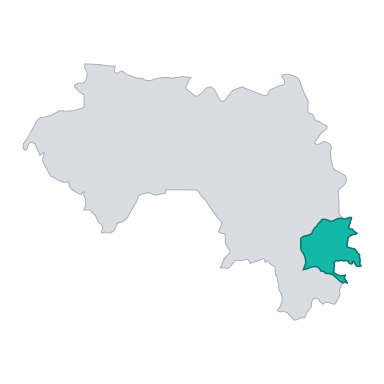 where Beyla sits in Guinea
{"feature_id": "GIN-5627", "entity_name": "Beyla", "entity_type": "Prefecture", "adm_level": 1, "iso_a3": "GIN", "parent_name": "Guinea", "parent_adm1": "", "projection": "orthographic", "projection_center": [-8.118, 8.717], "detail": "fine", "context": "in_parent", "style": "filled", "palette": "teal", "viewbox_px": 384, "rotation_deg": 0, "n_neighbors": 0, "source": "natural_earth", "source_scale": "10m", "svg_char_len": 5739}
<svg xmlns="http://www.w3.org/2000/svg" viewBox="0 0 384 384"><path d="M240.1,260.7L236.5,260.2L234.9,260.9L230.2,266.4L227.4,268.5L223.0,267.8L221.4,268.2L220.2,267.6L221.9,264.6L224.2,258.5L230.0,252.5L230.1,251.2L227.8,247.6L225.3,242.8L225.3,237.6L224.9,233.8L219.8,232.8L218.9,232.1L218.8,230.9L221.7,224.4L221.9,223.1L221.5,221.9L218.4,218.6L213.6,212.4L205.3,199.8L202.2,197.1L199.3,193.3L198.1,190.8L195.0,189.9L165.8,189.8L165.2,193.1L155.1,195.2L149.0,192.6L142.1,194.0L138.7,195.6L136.0,202.9L134.5,204.5L133.0,207.7L131.6,209.5L130.0,213.1L126.7,218.3L123.2,221.5L117.3,223.3L115.4,228.7L114.0,230.7L111.8,232.2L109.3,233.2L104.6,232.1L101.9,233.1L101.4,231.7L103.0,227.4L101.8,225.2L97.3,220.6L96.9,218.5L95.5,215.7L89.6,209.8L83.9,210.1L85.6,205.3L85.6,198.9L83.8,195.4L84.3,191.8L83.3,192.0L81.3,194.5L78.3,193.6L72.2,189.7L69.2,186.0L68.9,182.9L68.2,181.6L66.3,182.2L62.5,182.1L50.9,176.3L42.9,162.1L42.7,159.0L44.0,153.5L43.8,152.1L39.9,155.6L39.2,153.2L36.4,147.5L35.7,144.2L32.9,142.7L30.7,142.4L28.9,143.5L26.5,150.0L24.8,150.0L23.0,148.5L23.5,143.6L28.1,137.5L36.0,122.1L38.8,118.6L40.5,117.4L44.0,117.3L51.0,115.4L59.6,110.7L66.1,111.2L73.8,110.7L83.9,107.5L84.2,97.1L83.9,94.8L80.4,92.6L78.4,90.8L76.6,88.5L74.5,86.8L74.6,85.1L79.1,82.9L83.2,83.0L84.5,82.1L85.6,80.7L86.8,76.9L87.3,73.0L84.7,67.6L85.0,63.9L99.6,64.6L107.6,65.8L114.2,66.1L115.2,67.0L114.3,70.7L115.1,72.8L117.3,73.4L121.0,70.9L122.9,71.5L127.0,74.8L130.8,75.7L135.0,77.5L138.9,78.4L142.4,78.4L145.0,80.2L149.9,80.8L156.3,78.6L161.3,77.7L168.3,77.5L171.9,78.3L182.6,76.6L191.0,77.6L189.6,78.9L185.7,87.2L186.1,88.7L194.6,95.8L196.6,96.3L198.9,95.4L202.6,92.2L205.6,88.6L208.4,87.0L211.6,87.1L214.2,89.6L220.2,100.1L221.7,101.4L223.1,101.4L225.8,99.5L227.2,97.2L232.9,90.3L241.6,86.9L262.3,95.0L265.3,95.6L267.1,95.0L269.7,90.3L277.5,86.4L281.3,85.3L283.4,85.1L284.2,83.9L284.6,82.0L284.2,80.0L281.8,76.4L281.8,75.4L283.1,74.7L286.1,74.2L289.9,74.6L294.3,76.1L297.8,78.3L299.8,81.0L303.6,92.0L308.0,100.7L307.8,112.3L309.7,113.5L311.8,114.0L312.8,114.9L314.9,119.7L316.9,121.1L319.3,121.4L323.8,124.5L326.7,125.7L327.1,126.6L327.0,127.9L325.9,129.5L321.5,132.7L319.4,135.5L314.9,142.0L314.8,143.3L315.7,144.1L317.6,144.3L319.5,143.9L323.6,141.5L326.8,142.3L329.9,144.2L331.0,146.1L331.3,148.6L330.6,151.8L330.5,155.4L331.5,161.5L333.1,167.7L334.7,169.9L345.0,175.3L346.0,177.4L346.5,179.6L345.8,182.8L344.7,184.5L339.1,189.3L338.2,191.6L338.7,195.9L339.1,213.9L341.3,216.9L343.9,218.4L350.1,217.6L350.0,222.6L349.1,228.2L352.8,229.9L354.6,231.6L355.6,233.2L349.9,236.2L348.2,237.9L347.4,242.6L347.6,246.9L355.3,250.0L358.3,253.6L359.6,257.4L360.1,264.5L359.4,266.1L357.4,266.1L353.5,261.8L347.5,261.4L343.1,260.5L335.7,261.1L334.4,262.4L333.6,271.8L335.4,273.4L338.9,275.2L341.2,275.9L343.1,275.7L344.6,276.9L344.9,280.0L343.9,282.3L342.0,284.4L339.5,289.8L340.1,294.8L335.9,302.8L334.7,304.3L329.1,302.7L325.5,302.2L322.9,304.2L319.3,301.1L318.6,298.7L317.3,298.2L314.9,298.2L312.6,299.5L311.7,302.0L311.2,307.1L307.1,312.0L304.2,318.0L300.9,317.4L300.2,318.2L296.7,319.7L293.7,320.1L292.9,318.5L291.1,317.2L289.2,314.7L287.0,312.6L282.7,311.1L281.0,311.8L279.0,311.6L277.7,310.8L277.9,309.5L280.1,306.4L281.4,303.5L282.1,300.4L282.1,297.4L280.9,293.1L279.0,289.7L278.6,287.8L278.8,285.0L278.4,282.4L277.7,281.1L276.9,276.2L275.7,275.3L275.1,271.4L275.3,267.4L273.7,265.9L271.1,264.7L269.6,263.2L268.6,261.4L267.7,260.9L266.9,261.0L266.2,262.1L265.3,262.3L263.8,258.5L263.2,258.4L262.1,259.2L250.1,263.4L248.6,259.8L246.3,259.1L242.4,260.6L240.1,260.7Z" fill="#d9dde1" stroke="#a8b0b8" stroke-width="1"/><path d="M342.1,218.4L342.9,218.8L343.9,219.0L344.9,219.1L345.8,219.0L346.7,218.7L348.4,217.7L349.4,217.5L351.3,217.5L351.6,217.9L350.4,221.6L350.2,222.7L348.6,226.7L348.6,228.4L351.0,229.3L351.5,229.2L352.0,229.0L352.4,229.1L353.0,230.3L353.5,230.8L354.5,231.6L356.5,232.7L357.0,233.4L357.0,233.5L356.2,234.0L355.1,234.2L354.2,234.2L353.3,234.3L349.2,236.4L348.5,237.1L348.1,238.3L347.8,239.4L347.6,241.7L346.8,245.7L347.3,247.2L349.4,247.8L350.4,247.9L353.2,248.8L353.4,248.7L353.9,248.5L354.1,248.5L354.4,248.7L354.8,249.3L355.0,249.5L355.9,250.3L356.2,250.7L357.3,252.7L357.7,253.2L359.0,254.1L359.4,254.5L359.6,255.4L359.5,257.1L359.6,258.1L360.2,260.1L360.2,260.9L359.8,262.0L359.7,263.2L360.0,264.2L361.0,266.1L358.3,266.4L357.0,266.3L355.9,265.6L354.5,262.7L353.5,261.3L352.5,261.5L352.3,262.2L352.5,263.0L352.4,263.6L351.6,264.0L350.8,264.0L350.1,263.7L349.4,263.4L348.9,262.9L348.5,262.3L348.3,261.6L348.0,261.0L347.4,260.6L346.7,260.5L346.0,260.5L344.7,260.9L344.2,260.8L343.4,260.9L343.0,260.9L342.7,260.7L342.2,260.3L341.8,260.2L340.9,260.2L339.4,260.8L338.4,260.9L336.8,260.6L336.1,260.7L333.9,262.5L333.6,262.8L333.6,263.4L333.9,263.9L334.2,264.4L334.4,265.0L334.5,265.9L334.0,268.6L334.0,269.5L334.1,270.3L333.9,270.9L333.2,271.7L333.1,272.2L336.9,274.7L341.4,276.1L341.9,276.0L344.7,275.1L345.2,275.1L345.3,275.5L345.0,276.2L344.7,276.7L344.4,278.1L344.4,278.8L344.7,279.5L345.5,280.0L346.3,280.9L346.9,281.9L347.0,282.4L347.1,282.9L346.3,282.9L345.7,282.5L345.3,282.1L344.8,282.0L342.9,282.3L342.2,282.3L342.3,282.7L340.2,281.4L335.8,277.3L332.5,274.5L328.3,273.4L325.5,273.5L324.9,272.4L323.3,271.3L320.6,271.0L320.0,269.3L318.2,267.3L315.3,266.6L311.4,266.9L307.4,268.7L303.4,269.7L304.1,267.7L305.0,265.1L305.9,262.0L305.2,257.9L303.7,254.0L301.5,250.9L300.8,248.8L300.7,238.7L302.7,236.9L304.7,235.9L308.2,235.3L310.2,234.4L311.8,233.6L311.9,233.4L312.0,233.1L312.3,232.3L312.4,231.8L312.6,231.4L314.6,227.9L316.7,226.4L317.8,224.4L319.4,222.3L321.0,221.7L321.3,219.9L323.3,219.2L325.7,219.4L327.6,220.0L330.7,221.4L332.9,221.1L335.6,219.6L338.5,218.3L342.1,218.4Z" fill="#14b8a6" stroke="#0f766e" stroke-width="1.5"/></svg>